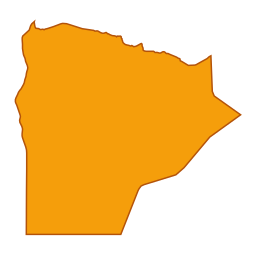 the border of Matruh
{"feature_id": "EGY-1540", "entity_name": "Matruh", "entity_type": "Governorate", "adm_level": 1, "iso_a3": "EGY", "parent_name": "Egypt", "parent_adm1": "", "projection": "equal_earth", "projection_center": [26.768, 29.661], "detail": "fine", "context": "isolated", "style": "filled", "palette": "amber", "viewbox_px": 256, "rotation_deg": 0, "n_neighbors": 0, "source": "natural_earth", "source_scale": "10m", "svg_char_len": 2099}
<svg xmlns="http://www.w3.org/2000/svg" viewBox="0 0 256 256"><path d="M26.4,211.3L26.5,190.0L26.7,168.7L26.7,159.7L26.7,153.1L26.5,150.0L25.8,147.1L22.5,137.7L22.1,135.9L22.1,133.8L22.5,130.0L22.5,128.7L21.9,126.5L19.9,122.4L19.6,120.2L20.3,117.4L20.4,116.4L20.2,115.2L16.8,105.2L15.7,102.8L15.4,101.7L15.4,99.6L16.0,97.8L17.7,94.3L18.4,92.5L18.8,91.8L19.9,90.2L21.1,88.8L23.4,84.7L24.2,82.9L24.6,81.1L24.8,80.0L26.0,76.3L26.4,73.4L26.9,71.3L27.5,69.5L27.8,67.7L27.3,65.5L25.6,61.3L25.1,58.6L23.7,55.3L23.4,54.2L22.5,48.5L22.5,44.2L22.2,39.8L22.2,37.8L22.7,36.1L29.2,30.1L30.7,25.6L31.8,23.8L34.3,21.6L34.2,22.0L34.7,25.4L35.1,27.1L35.8,28.2L36.7,28.4L38.7,28.6L40.2,29.5L41.0,29.5L42.9,29.2L43.2,29.3L43.7,29.6L44.2,29.7L44.9,29.2L45.9,28.9L47.0,28.7L53.5,26.6L60.9,23.8L62.7,23.4L66.6,23.7L82.3,28.7L93.7,30.4L94.4,30.8L95.0,31.1L97.0,30.9L97.8,31.0L100.6,32.6L102.2,33.2L104.1,33.2L105.5,32.6L106.2,32.5L106.9,33.0L107.4,33.6L107.8,33.8L108.2,33.8L108.6,33.9L109.7,34.6L112.2,35.6L114.9,35.9L115.9,36.3L116.6,36.8L116.8,36.6L117.2,36.3L117.3,36.1L117.8,36.2L120.3,36.1L120.6,36.2L120.9,36.4L121.2,36.8L121.1,37.0L121.2,37.5L121.5,38.2L121.6,38.5L121.8,38.6L122.0,38.8L122.0,39.6L122.1,39.9L122.4,40.5L122.8,42.1L123.2,42.8L124.2,43.7L125.3,44.5L126.6,44.9L129.0,45.4L130.0,45.8L130.9,46.0L131.8,45.5L133.8,46.7L136.2,46.2L140.8,43.7L141.4,43.5L141.9,43.9L142.1,44.7L142.1,45.7L142.2,46.1L143.0,48.0L143.1,49.8L143.2,50.2L144.4,51.0L146.3,51.3L153.5,51.3L153.9,51.5L154.3,51.8L154.6,52.1L154.9,52.4L155.4,52.5L156.6,52.4L157.5,52.5L159.2,53.0L160.0,53.1L160.8,52.9L162.5,51.9L163.4,51.7L164.2,51.8L164.9,52.2L165.5,52.7L166.0,53.3L166.4,53.5L167.8,53.5L168.3,53.6L168.7,53.8L169.4,54.2L176.5,57.1L177.9,58.0L178.7,58.4L179.6,58.6L179.9,58.9L180.2,60.3L180.3,60.8L180.6,61.0L181.3,61.2L188.3,65.4L194.7,65.1L195.9,64.8L201.3,61.8L207.1,58.6L209.2,56.7L210.9,55.8L212.3,91.4L214.2,96.0L240.6,114.8L209.8,137.0L184.0,167.7L175.9,174.8L144.1,184.6L141.1,186.0L139.2,188.5L138.1,190.5L120.8,234.4L27.0,234.4L26.3,234.4L26.4,215.5L26.4,211.3Z" fill="#f59e0b" stroke="#b45309" stroke-width="1.5"/></svg>